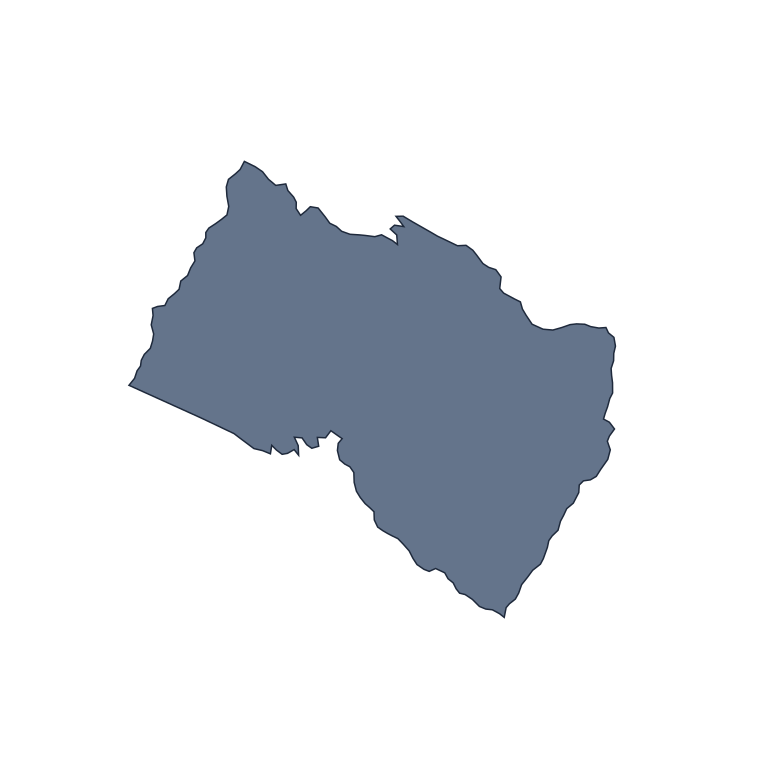 Caçapava, São Paulo, Brazil, rotated 331°
{"feature_id": "56859067B89011723747361", "entity_name": "Caçapava", "entity_type": "district", "adm_level": 2, "iso_a3": "BRA", "parent_name": "Brazil", "parent_adm1": "São Paulo", "projection": "albers", "projection_center": [-45.711, -23.104], "detail": "fine", "context": "isolated", "style": "filled", "palette": "slate", "viewbox_px": 768, "rotation_deg": 331, "n_neighbors": 0, "source": "geoboundaries", "source_scale": "gbopen_adm2", "svg_char_len": 2595}
<svg xmlns="http://www.w3.org/2000/svg" viewBox="0 0 768 768"><g transform="rotate(331 384 384)"><path d="M579.6,502.7L584.5,493.7L587.2,486.9L590.2,480.5L596.1,475.0L599.8,468.6L604.8,463.1L607.7,454.7L605.1,448.1L605.5,442.2L599.0,439.2L592.6,434.0L588.6,429.1L581.6,424.8L575.6,422.3L566.9,420.8L557.9,418.7L549.7,413.2L542.5,403.5L541.6,392.7L541.4,385.6L543.1,378.3L539.1,372.5L532.7,362.5L531.5,356.6L538.3,347.1L537.2,338.2L532.1,332.7L528.9,326.6L527.5,315.9L526.5,310.0L523.0,302.5L515.3,298.7L511.0,292.6L505.9,285.4L502.5,280.7L498.9,274.6L487.4,255.7L482.1,246.5L475.8,243.2L476.9,250.2L477.6,255.9L470.2,250.2L464.6,251.4L467.4,259.8L463.4,268.5L460.9,262.7L457.5,257.5L454.2,252.3L447.4,250.7L439.5,244.9L435.0,241.8L426.9,236.6L421.0,229.9L418.7,223.1L414.5,217.1L413.6,209.4L411.7,198.1L405.5,193.2L399.6,194.8L392.8,196.0L392.2,188.0L395.4,182.5L395.6,176.8L393.7,168.2L395.1,161.4L385.6,157.8L382.2,148.9L380.7,139.5L376.8,131.7L369.8,121.6L362.2,126.6L356.2,128.1L347.2,129.6L341.6,135.2L337.6,143.7L334.3,153.4L328.6,160.0L321.8,161.2L314.6,162.1L306.4,162.7L301.6,165.1L299.0,169.8L293.4,173.5L286.2,174.1L281.4,177.0L278.3,184.7L271.2,188.7L264.8,193.9L256.2,195.4L250.7,201.8L244.5,203.4L236.6,204.8L230.4,209.1L223.5,206.4L218.1,205.6L215.2,212.2L209.1,219.4L206.8,228.6L202.3,234.3L196.9,239.5L188.7,241.9L183.2,245.6L179.7,250.3L174.5,252.7L168.6,258.1L160.3,261.5L207.6,325.1L228.8,354.7L231.9,361.8L235.1,368.9L238.9,377.4L245.5,383.4L250.8,390.0L256.1,383.2L257.9,389.6L260.8,396.1L266.0,397.9L273.6,397.8L274.8,404.9L279.1,396.3L279.8,387.1L286.2,391.4L287.0,399.6L289.7,405.2L296.7,406.8L299.8,398.4L306.8,402.7L314.9,399.1L318.3,406.2L320.9,411.5L315.2,413.7L311.0,419.6L308.5,428.8L310.9,435.1L314.0,439.8L314.7,446.8L310.2,455.6L307.9,464.4L308.2,471.8L309.5,479.5L311.6,485.3L313.3,490.9L309.6,498.2L309.1,506.1L311.8,511.6L314.7,516.5L317.8,521.2L321.2,526.0L323.1,533.1L325.1,542.1L324.8,550.7L325.3,557.9L329.1,565.5L332.7,569.8L339.7,570.4L345.6,578.6L345.6,585.4L348.1,591.5L347.8,598.1L348.7,603.6L352.9,607.5L356.9,615.3L359.6,624.8L363.9,630.2L369.3,634.0L373.7,640.9L376.0,646.4L382.4,638.8L387.2,637.0L394.6,635.8L400.5,632.1L407.1,626.2L415.6,622.7L423.7,619.0L433.5,617.4L438.7,614.0L447.7,606.1L452.2,600.9L457.4,598.4L465.3,596.3L471.8,589.6L477.5,585.9L483.4,581.6L491.8,580.0L501.7,573.4L505.8,567.0L511.5,565.4L518.0,567.9L524.9,567.7L532.0,563.8L543.2,558.4L550.0,551.3L551.6,542.3L555.9,538.8L563.8,535.1L562.6,526.7L559.0,521.1L563.2,516.9L568.5,512.3L574.4,506.2L579.6,502.7Z" fill="#64748b" stroke="#1e293b" stroke-width="1.5"/></g></svg>